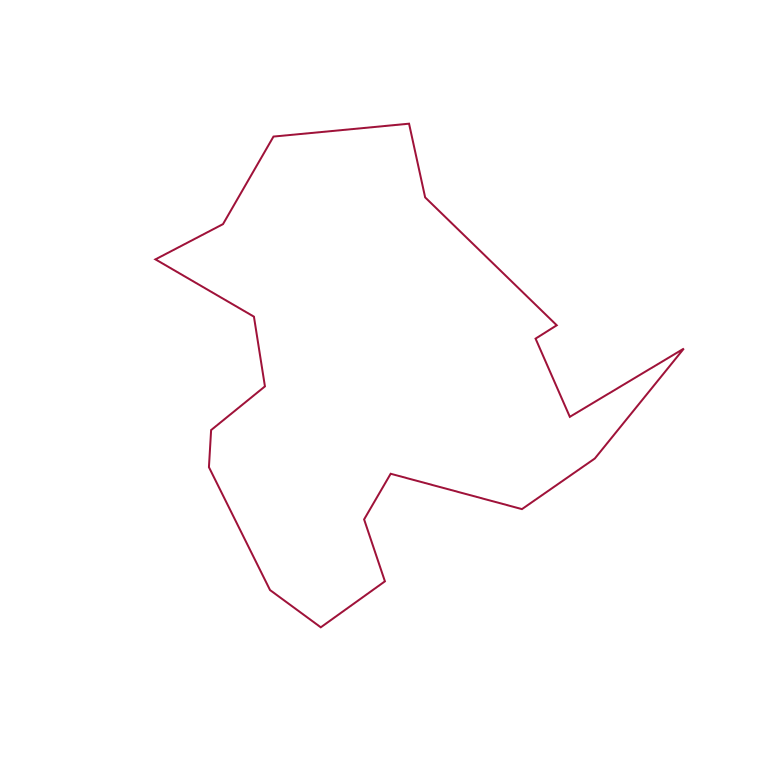 Centar, Čair, North Macedonia, rotated 114°
{"feature_id": "65306769B31528709538806", "entity_name": "Centar", "entity_type": "district", "adm_level": 2, "iso_a3": "MKD", "parent_name": "North Macedonia", "parent_adm1": "Čair", "projection": "equal_earth", "projection_center": [21.43, 41.996], "detail": "fine", "context": "isolated", "style": "outline", "palette": "rose", "viewbox_px": 768, "rotation_deg": 114, "n_neighbors": 0, "source": "geoboundaries", "source_scale": "gbopen_adm2", "svg_char_len": 418}
<svg xmlns="http://www.w3.org/2000/svg" viewBox="0 0 768 768"><g transform="rotate(114 384 384)"><path d="M618.6,404.3L632.0,342.8L563.9,302.9L515.8,347.1L463.3,341.4L442.2,207.1L366.3,161.1L229.7,124.5L338.4,200.9L280.9,264.0L260.1,250.1L196.8,422.3L136.0,467.0L202.9,585.6L303.4,596.1L363.1,643.5L375.4,530.2L434.6,491.8L496.4,523.2L531.2,510.1L618.6,404.3Z" fill="none" stroke="#9f1239" stroke-width="2"/></g></svg>